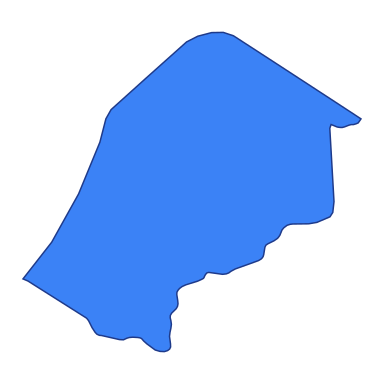 the border of Hhohho
{"feature_id": "SWZ-534", "entity_name": "Hhohho", "entity_type": "District", "adm_level": 1, "iso_a3": "SWZ", "parent_name": "eSwatini", "parent_adm1": "", "projection": "orthographic", "projection_center": [31.368, -26.096], "detail": "fine", "context": "isolated", "style": "filled", "palette": "blue", "viewbox_px": 384, "rotation_deg": 0, "n_neighbors": 0, "source": "natural_earth", "source_scale": "10m", "svg_char_len": 1395}
<svg xmlns="http://www.w3.org/2000/svg" viewBox="0 0 384 384"><path d="M223.3,32.4L233.5,35.8L275.7,63.2L317.9,90.7L354.5,114.6L361.0,118.9L358.2,122.9L356.1,123.8L353.4,124.6L351.1,124.6L348.9,125.2L344.5,126.9L342.1,127.5L339.6,127.4L337.2,127.0L331.1,124.5L329.8,128.3L334.0,201.6L332.8,212.4L330.0,216.8L316.9,222.4L308.7,223.8L292.8,224.0L290.2,224.3L287.1,225.3L283.8,227.8L282.0,230.0L279.9,235.2L278.9,236.7L277.6,238.3L274.0,240.8L267.7,243.9L265.9,245.2L264.9,247.3L263.7,254.7L263.1,256.6L262.3,257.8L261.3,258.9L258.5,260.6L235.4,268.9L231.1,271.2L228.8,272.9L226.2,273.9L222.5,274.3L208.7,272.4L206.9,272.9L205.6,274.4L204.8,275.7L204.0,277.6L203.4,278.4L201.8,279.3L197.8,281.1L185.9,284.8L182.0,286.6L179.5,288.5L177.9,290.4L176.9,292.3L176.8,294.6L177.7,300.4L178.0,303.8L177.5,306.4L176.2,308.7L171.6,313.2L170.3,315.5L170.2,317.8L170.9,320.7L171.4,324.3L170.9,328.2L170.0,332.3L169.5,336.4L170.5,343.8L170.6,347.0L169.6,349.1L167.6,350.6L164.4,351.6L160.0,351.4L155.2,350.0L146.9,343.9L143.7,341.0L141.6,338.6L140.2,337.9L137.9,337.5L132.8,337.2L129.3,337.5L126.9,338.2L123.5,339.8L119.5,339.6L101.5,335.5L99.3,335.3L96.9,334.2L95.1,332.3L92.1,327.7L88.8,321.1L87.7,319.5L86.5,318.1L27.9,281.0L23.0,278.9L51.7,242.2L78.6,193.9L99.9,142.2L105.9,118.8L111.1,109.6L146.3,77.9L186.6,41.9L197.8,36.2L211.6,32.6L223.3,32.4Z" fill="#3b82f6" stroke="#1e3a8a" stroke-width="1.5"/></svg>